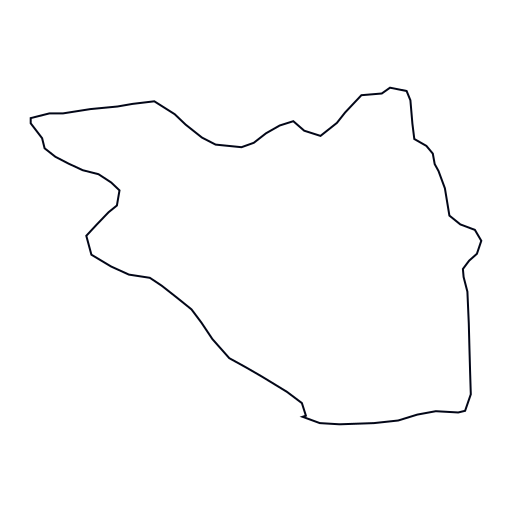 outline of Sunne, Värmland, Sweden
{"feature_id": "70781695B71435448631031", "entity_name": "Sunne", "entity_type": "district", "adm_level": 2, "iso_a3": "SWE", "parent_name": "Sweden", "parent_adm1": "Värmland", "projection": "robinson", "projection_center": [13.058, 59.895], "detail": "fine", "context": "isolated", "style": "outline", "palette": "ink", "viewbox_px": 512, "rotation_deg": 0, "n_neighbors": 0, "source": "geoboundaries", "source_scale": "gbopen_adm2", "svg_char_len": 1128}
<svg xmlns="http://www.w3.org/2000/svg" viewBox="0 0 512 512"><path d="M30.7,118.1L30.7,123.3L42.1,138.2L44.6,148.3L55.4,156.8L68.7,163.7L82.7,170.2L98.5,174.2L111.2,182.5L119.5,190.4L116.9,205.5L108.6,212.2L96.5,224.8L86.3,235.8L91.4,254.7L111.1,266.5L128.9,274.6L149.8,277.8L161.7,285.7L177.6,298.2L191.5,309.4L201.4,322.6L212.4,339.1L229.3,358.2L246.2,367.5L262.1,376.7L287.0,391.9L301.9,403.1L305.9,415.7L302.6,416.8L319.8,423.1L339.6,424.3L374.0,423.1L398.2,420.5L417.3,414.6L435.8,411.2L456.9,412.4L458.1,412.5L465.1,410.8L470.8,394.3L470.1,371.9L469.4,346.7L468.8,323.7L467.4,291.7L463.6,277.0L462.9,269.0L466.7,263.9L469.2,260.6L476.9,253.8L481.3,240.8L474.9,229.9L460.3,224.4L449.4,215.6L444.9,188.3L438.5,171.0L434.7,164.1L432.8,153.6L426.4,145.9L414.3,139.0L412.4,123.7L410.4,100.3L406.6,91.0L390.0,87.7L381.8,93.5L361.4,95.2L345.1,112.5L336.9,122.9L320.5,135.9L304.2,130.7L293.3,121.2L279.7,125.5L266.0,133.3L253.8,142.8L241.5,147.2L215.6,144.6L202.0,137.6L185.6,124.6L174.7,114.2L154.3,101.3L132.5,103.9L117.5,106.5L90.3,109.1L63.0,113.4L49.4,113.4L30.7,118.1Z" fill="none" stroke="#020617" stroke-width="2"/></svg>